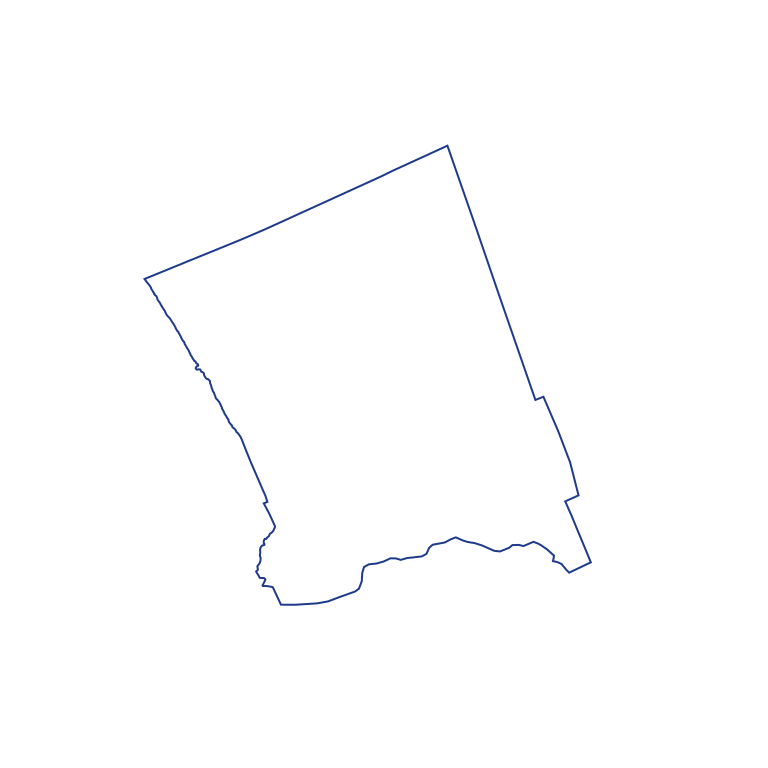 Avellaneda, Ciudad de Buenos Aires, Argentina (Natural Earth projection), rotated 204°
{"feature_id": "61730980B497821979952", "entity_name": "Avellaneda", "entity_type": "district", "adm_level": 2, "iso_a3": "ARG", "parent_name": "Argentina", "parent_adm1": "Ciudad de Buenos Aires", "projection": "natural_earth1", "projection_center": [-58.33, -34.679], "detail": "fine", "context": "isolated", "style": "outline", "palette": "blue", "viewbox_px": 768, "rotation_deg": 204, "n_neighbors": 0, "source": "geoboundaries", "source_scale": "gbopen_adm2", "svg_char_len": 5290}
<svg xmlns="http://www.w3.org/2000/svg" viewBox="0 0 768 768"><g transform="rotate(204 384 384)"><path d="M423.0,627.5L462.4,582.8L469.9,573.8L555.9,476.6L573.3,457.8L611.6,417.9L625.5,403.4L644.5,383.6L644.7,383.4L645.5,382.5L645.1,382.2L644.3,381.9L643.3,381.3L642.3,380.6L640.8,380.0L639.6,379.3L638.7,379.0L637.5,378.2L636.8,377.8L636.0,377.1L635.1,376.1L633.6,375.2L632.8,374.6L632.2,374.2L632.5,374.2L631.5,373.7L630.9,373.0L630.1,372.4L629.1,372.0L628.1,371.8L627.4,371.5L626.4,370.5L625.4,369.2L624.2,368.4L623.0,367.7L621.6,366.9L620.6,366.0L619.8,365.4L618.7,364.7L617.8,364.0L616.8,363.4L615.7,362.6L614.5,362.0L613.3,361.0L612.1,359.9L610.6,358.8L609.2,358.0L607.6,357.4L606.6,357.0L605.3,356.2L604.1,355.4L603.0,354.6L601.8,353.9L600.4,353.1L599.4,352.3L598.1,351.3L597.3,350.7L596.7,349.9L595.6,349.3L594.5,348.4L593.7,348.2L592.9,347.9L592.2,347.0L591.5,346.6L590.9,346.2L590.1,345.5L589.4,345.1L588.7,344.5L588.2,343.8L587.8,343.6L587.0,343.0L586.5,342.5L585.7,342.1L585.2,341.7L584.4,341.2L583.8,341.2L583.2,340.7L582.9,340.1L582.5,339.6L581.9,339.3L581.3,338.9L580.8,338.3L580.2,338.0L579.8,337.8L579.2,337.3L578.6,336.7L577.9,336.4L577.2,336.0L576.4,335.4L575.6,334.7L574.9,334.1L574.3,333.5L573.2,332.7L572.3,331.7L571.2,331.1L570.5,330.7L569.7,329.9L568.8,329.3L567.9,328.9L567.1,328.2L566.4,327.9L565.8,328.0L565.1,327.7L564.2,326.7L563.7,326.6L562.9,326.5L562.1,326.3L561.3,325.5L561.3,324.9L561.5,324.6L562.0,324.3L562.4,323.5L562.4,322.8L562.4,322.5L562.4,322.0L562.2,321.6L561.7,321.2L561.1,321.0L560.5,321.1L560.0,321.5L559.6,321.9L558.7,322.2L558.1,322.5L557.7,322.5L557.3,322.2L556.5,321.3L556.0,321.0L555.1,321.0L554.6,320.9L554.0,320.9L553.2,320.7L552.5,319.9L552.2,319.3L551.4,318.5L550.4,317.7L549.6,317.2L548.4,316.6L547.5,316.6L547.0,316.9L546.2,316.7L545.4,316.4L544.7,316.1L544.1,315.8L543.7,315.0L543.3,314.2L542.7,313.5L542.0,312.9L541.2,312.1L540.6,311.4L539.9,310.4L539.0,309.5L537.8,308.3L537.1,307.6L536.1,307.1L535.2,306.2L534.2,305.1L533.1,304.2L532.7,303.6L532.0,302.8L530.7,302.1L529.5,301.7L528.4,301.1L527.6,300.8L526.6,300.0L525.4,299.0L524.6,298.5L524.1,297.8L523.2,297.2L522.6,296.6L521.9,295.5L521.3,295.3L520.6,294.8L519.9,294.3L519.4,293.6L518.6,293.2L518.3,292.9L517.9,292.3L517.3,291.8L517.0,291.6L516.3,291.2L515.9,291.0L515.1,290.5L514.4,290.0L514.0,289.5L513.4,289.2L512.7,288.7L512.1,288.5L511.5,288.1L511.4,287.6L511.2,287.3L510.5,286.7L510.2,286.3L509.6,285.9L508.7,285.4L507.8,285.0L507.2,284.6L506.2,284.3L505.7,283.9L505.1,283.1L504.1,282.7L503.1,282.5L502.0,282.1L501.0,281.6L500.1,281.0L499.4,280.2L498.5,280.0L497.6,279.7L496.5,279.1L493.3,277.2L492.6,276.4L491.7,275.8L490.7,274.8L488.5,272.6L487.6,271.7L483.3,267.5L474.3,258.8L450.5,236.9L447.2,234.0L442.6,228.9L444.0,227.4L445.3,226.1L437.9,220.3L435.5,218.4L425.7,209.7L425.4,208.6L425.4,207.8L425.5,207.2L425.4,206.2L425.4,205.2L425.6,204.0L426.0,203.1L426.3,202.2L426.9,201.5L427.3,200.7L427.3,200.3L427.3,199.5L427.3,198.6L427.4,198.0L427.7,197.2L428.3,196.2L428.4,195.5L428.5,194.7L429.3,194.3L429.9,194.0L429.9,193.3L430.0,192.9L430.0,191.7L429.8,191.2L429.5,190.5L429.2,189.8L428.8,189.6L428.0,189.1L427.9,188.3L429.1,187.2L429.7,186.8L430.0,185.4L430.2,184.6L430.1,183.3L429.8,182.2L429.1,180.9L428.7,180.1L428.2,179.1L428.0,177.5L427.1,176.1L426.1,175.2L425.5,173.9L425.1,172.6L424.8,171.2L424.8,170.2L425.0,168.1L425.4,167.1L425.5,165.8L424.7,164.7L423.7,163.0L423.7,162.4L424.4,161.3L424.5,160.6L423.7,160.0L420.1,157.6L419.4,156.8L418.4,156.4L417.5,156.8L414.7,157.9L414.1,157.6L413.5,157.6L412.8,157.0L412.8,155.4L413.0,150.5L412.6,150.2L412.4,150.2L411.9,150.5L408.8,151.8L406.7,152.3L404.7,152.9L403.9,153.0L403.0,153.1L402.9,153.1L388.4,140.5L386.3,141.4L380.3,144.0L375.0,146.4L356.4,156.1L354.5,157.3L354.1,157.6L346.6,162.7L341.2,168.1L336.8,172.4L333.6,175.4L326.1,182.6L325.8,183.1L325.3,183.9L323.6,186.9L323.7,188.3L324.1,194.8L326.7,201.7L327.0,202.6L327.1,203.0L327.7,207.8L327.8,208.7L327.3,209.3L325.0,212.4L324.6,212.9L324.4,213.2L324.1,213.3L321.8,214.7L318.0,216.8L316.9,217.7L315.9,218.6L312.1,221.7L307.2,227.4L302.4,229.4L302.1,229.5L300.9,229.7L297.2,230.1L295.8,231.3L293.3,233.4L291.7,234.7L286.3,237.7L285.4,238.3L279.5,241.8L279.3,241.9L276.8,245.2L276.1,246.1L276.1,247.7L276.1,251.8L276.1,252.3L276.1,252.8L274.7,255.8L274.2,256.9L274.1,257.0L273.3,257.6L269.7,260.0L268.3,261.0L263.9,264.0L260.0,269.1L258.0,271.1L256.0,273.1L249.2,273.1L245.9,273.4L243.6,273.7L240.6,274.4L236.7,275.5L228.6,276.4L226.3,276.4L221.7,276.4L215.8,276.4L214.3,276.8L213.1,277.2L212.1,277.5L211.8,277.6L210.0,278.2L209.8,278.3L209.0,279.2L206.0,282.2L205.8,282.5L203.1,285.2L201.6,288.1L201.4,288.7L201.1,289.1L199.2,290.0L195.7,291.7L195.6,291.8L192.8,292.3L190.7,292.7L190.2,293.2L187.0,296.6L183.3,300.6L179.5,300.8L179.2,300.9L174.9,300.6L174.7,300.5L173.8,300.4L170.9,299.8L168.4,299.4L166.5,298.8L163.4,297.8L162.5,297.5L158.9,296.4L158.7,295.6L158.5,294.8L158.2,293.7L158.0,292.7L157.9,292.5L157.6,290.9L153.3,291.8L153.2,291.8L148.5,291.8L147.7,291.4L146.5,290.7L145.4,290.2L141.4,288.2L138.1,287.0L122.5,305.2L129.4,311.8L145.8,327.3L149.7,331.0L158.9,339.8L170.7,350.5L161.0,361.4L182.1,388.1L205.7,411.8L233.2,437.2L239.2,431.0L315.5,512.5L355.1,555.1L362.3,562.9L423.0,627.5Z" fill="none" stroke="#1e3a8a" stroke-width="2"/></g></svg>